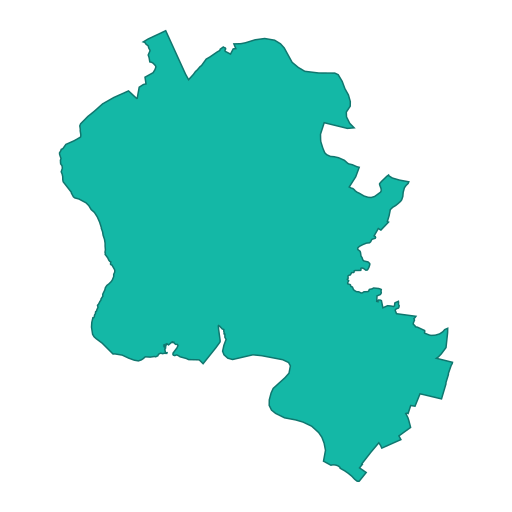 outline of Ardusat, Maramures, Romania
{"feature_id": "2599482B14412125408944", "entity_name": "Ardusat", "entity_type": "district", "adm_level": 2, "iso_a3": "ROU", "parent_name": "Romania", "parent_adm1": "Maramures", "projection": "natural_earth1", "projection_center": [23.375, 47.634], "detail": "fine", "context": "isolated", "style": "filled", "palette": "teal", "viewbox_px": 512, "rotation_deg": 0, "n_neighbors": 0, "source": "geoboundaries", "source_scale": "gbopen_adm2", "svg_char_len": 6007}
<svg xmlns="http://www.w3.org/2000/svg" viewBox="0 0 512 512"><path d="M452.5,362.3L436.4,358.3L438.4,356.9L441.2,354.0L446.0,347.6L447.6,332.7L447.7,328.3L444.7,329.6L442.9,331.7L439.6,333.9L435.2,335.2L431.1,335.4L429.5,335.1L426.2,333.8L424.6,333.1L424.5,332.2L424.8,331.2L424.6,330.5L417.5,327.2L415.4,326.8L415.0,325.8L413.3,324.2L413.2,323.8L413.5,322.5L414.5,320.1L413.9,318.6L415.0,317.6L415.9,316.3L396.5,313.7L395.2,310.3L395.4,309.7L396.0,309.1L397.1,308.5L398.4,308.1L398.8,307.5L399.2,305.8L398.4,304.2L398.6,302.7L398.4,301.3L395.0,302.8L394.8,303.1L394.5,305.8L393.5,306.5L390.9,306.0L387.6,305.7L382.9,307.8L381.4,300.6L380.3,300.1L378.5,300.0L378.1,300.4L378.0,301.7L376.7,301.4L377.0,295.9L380.4,294.5L381.3,292.9L381.0,291.0L381.3,289.6L381.0,289.3L378.7,288.5L373.6,288.0L371.9,288.9L369.4,289.4L368.9,290.3L368.8,291.0L368.0,291.6L363.9,291.8L362.5,292.8L361.1,293.0L358.8,291.8L356.7,291.7L355.7,291.3L353.5,289.7L352.5,287.2L352.0,286.8L350.9,286.5L350.5,285.0L350.1,284.6L347.8,283.8L347.6,283.0L347.8,282.4L348.7,280.8L347.3,279.3L348.2,278.1L347.9,276.6L348.0,276.0L349.1,275.2L350.4,274.9L351.6,272.6L353.6,272.5L354.1,272.0L354.2,270.9L355.0,270.5L360.7,270.4L361.0,269.8L360.8,268.6L361.0,268.2L361.4,268.1L362.1,268.0L363.4,268.4L365.9,270.2L367.3,270.0L367.7,269.6L368.9,267.4L369.8,264.6L369.7,263.5L368.0,261.9L364.0,261.0L362.8,259.9L362.1,257.7L361.0,256.0L360.5,252.5L360.2,251.6L359.9,251.1L357.8,249.5L357.7,248.9L357.9,247.7L359.5,246.3L362.8,244.6L366.5,243.1L369.5,242.8L370.7,241.7L371.6,239.8L372.3,239.2L375.2,238.3L375.6,237.5L375.3,236.6L374.1,235.9L378.3,228.5L380.9,230.1L388.5,222.1L387.3,221.6L389.1,215.7L390.3,209.6L392.7,207.3L395.7,205.5L398.4,203.3L400.6,201.3L401.7,199.8L402.8,196.5L403.2,192.2L404.4,187.8L406.1,185.4L408.1,183.5L408.8,181.8L399.5,180.1L392.3,178.0L389.0,175.9L388.6,175.0L386.8,176.3L381.6,181.3L379.6,183.6L379.6,184.6L381.1,188.8L381.2,190.9L380.5,192.2L374.6,196.5L371.2,197.5L368.1,197.3L364.0,196.0L359.2,193.2L357.0,192.2L354.8,190.5L354.6,190.0L352.8,188.5L351.2,188.1L349.2,187.0L355.7,176.8L359.2,167.3L356.8,166.7L352.3,164.7L348.8,163.9L347.6,163.2L344.4,160.3L338.5,157.7L334.0,156.7L330.3,156.4L326.7,154.7L324.7,152.7L322.8,148.1L320.8,141.7L320.6,139.4L320.5,134.2L324.2,122.7L347.4,128.4L354.1,127.8L349.7,123.3L346.5,116.9L346.3,112.1L350.2,106.2L350.3,101.6L348.4,94.9L344.9,88.7L342.2,81.4L338.2,74.7L334.8,73.1L318.7,73.0L304.8,71.3L298.2,67.4L292.1,62.3L284.2,47.9L280.5,43.8L274.6,40.2L264.7,38.5L255.1,39.8L245.4,42.8L240.8,43.7L233.9,43.9L235.8,48.6L233.2,48.9L230.5,54.1L225.3,51.4L224.9,50.3L225.6,49.1L225.6,48.4L225.2,47.9L224.1,47.6L223.5,47.0L223.1,47.1L220.2,49.2L219.9,50.2L219.4,50.7L217.1,52.0L210.0,56.9L206.2,59.1L201.5,65.6L200.1,66.6L197.3,69.9L195.5,71.5L193.5,74.3L188.6,79.7L185.5,74.1L165.7,30.7L148.1,39.0L143.3,41.9L144.8,42.4L146.2,44.4L148.1,45.7L148.8,48.1L150.0,50.3L149.9,51.1L148.2,55.0L149.1,57.7L149.8,61.9L151.6,62.3L153.0,63.1L155.4,65.6L155.9,66.9L155.0,69.6L153.1,72.7L145.0,77.2L146.0,83.9L143.4,84.5L139.2,87.2L137.2,98.3L136.6,98.4L128.5,90.9L113.8,97.5L102.7,103.8L93.9,111.6L87.9,116.4L80.6,123.8L79.8,125.9L80.3,129.2L80.2,130.8L80.8,134.6L80.8,135.9L80.5,137.1L74.2,140.7L65.9,144.4L62.9,148.6L61.2,149.4L60.9,150.6L59.5,152.9L59.6,154.3L61.0,158.6L60.4,160.3L60.6,161.1L60.4,162.0L60.7,162.9L60.6,163.8L62.0,165.7L62.3,167.6L62.3,168.5L61.2,171.8L62.1,173.9L62.7,176.5L62.8,179.8L63.2,181.8L71.3,192.2L71.3,192.9L73.4,196.8L74.8,197.9L78.9,199.0L86.0,202.8L88.8,205.6L91.2,209.6L94.4,212.4L97.3,216.9L99.6,222.1L101.4,227.8L101.3,228.2L102.6,231.9L103.1,235.2L104.5,239.4L105.1,243.2L105.1,246.1L105.4,249.9L105.0,252.3L105.3,252.7L105.2,254.6L106.3,255.7L106.6,256.6L107.4,257.2L108.9,260.3L109.8,261.4L110.8,261.9L110.5,264.1L111.1,264.8L111.9,265.0L114.3,269.1L114.8,270.4L114.7,272.2L113.7,274.3L113.7,276.6L112.2,280.2L111.1,281.7L108.9,283.9L106.9,285.4L105.4,287.6L104.8,290.0L102.9,293.9L102.7,294.9L102.9,296.1L101.1,298.8L100.8,300.4L100.0,301.3L98.6,304.1L97.5,305.3L98.0,307.3L96.9,309.6L96.5,311.1L95.7,311.6L95.5,312.1L95.5,313.4L94.5,315.1L94.3,316.7L93.7,317.7L92.9,317.7L91.8,322.4L91.5,327.1L92.6,334.3L94.1,336.8L96.2,338.7L102.1,343.1L113.0,354.0L114.9,353.9L122.2,355.1L128.8,358.2L134.3,360.2L138.4,360.9L141.3,359.9L143.4,358.5L145.3,356.8L150.2,357.1L154.4,356.5L155.7,356.8L157.8,355.8L158.5,354.3L160.1,353.4L160.7,353.2L162.8,353.7L164.0,353.3L166.8,353.4L167.0,352.7L165.3,352.8L165.4,351.7L165.0,350.8L165.1,349.9L164.7,349.6L164.8,348.9L165.6,348.0L164.1,346.8L164.9,346.3L163.8,345.1L164.3,344.7L165.8,346.1L166.1,345.1L165.9,344.9L166.7,344.4L166.3,344.0L166.9,343.7L168.5,344.9L172.0,342.0L172.4,341.9L172.5,342.5L173.8,342.2L173.9,342.8L174.5,343.4L175.7,344.4L177.4,344.4L178.0,345.5L177.1,347.7L173.1,353.0L172.9,354.3L173.4,355.2L174.8,355.6L176.6,354.9L178.3,355.6L180.1,356.8L186.3,358.5L188.6,359.6L198.5,359.8L199.5,360.1L203.1,363.7L215.9,347.7L219.9,342.2L220.1,341.6L220.1,340.3L218.6,329.3L218.3,325.9L218.5,325.5L219.6,326.1L222.3,329.0L223.8,329.5L223.8,331.4L224.3,333.2L224.0,333.7L224.2,334.1L224.9,334.2L224.9,337.3L226.1,339.4L223.9,345.3L222.6,351.2L224.0,354.8L227.8,358.2L232.6,359.5L252.9,354.8L261.8,355.7L282.7,359.7L288.6,362.5L290.4,365.9L289.0,373.2L285.0,377.7L273.2,388.4L271.1,393.0L269.3,399.8L269.2,405.4L271.5,410.1L275.6,413.4L284.5,417.8L295.6,419.9L302.8,422.0L311.7,426.2L318.7,432.6L321.9,437.3L324.1,443.1L325.5,450.3L323.5,461.2L330.9,465.2L332.9,464.8L334.6,464.9L336.3,465.2L338.3,466.0L339.7,467.1L340.3,467.9L340.2,468.3L344.5,470.7L348.0,473.1L351.8,476.2L354.6,479.2L357.0,481.1L358.1,481.3L359.2,481.2L366.2,472.5L359.5,467.9L362.3,464.4L361.7,464.0L370.8,452.3L378.8,442.8L380.5,445.3L381.8,448.1L400.9,439.6L398.9,435.9L410.6,427.4L408.8,420.5L407.9,417.7L405.8,413.5L407.3,413.1L408.1,413.5L410.7,405.5L415.0,406.2L420.0,393.8L441.5,398.9L445.9,384.1L446.0,382.4L448.4,374.6L448.4,373.4L451.2,365.3L452.2,363.6L452.5,362.3Z" fill="#14b8a6" stroke="#0f766e" stroke-width="1.5"/></svg>